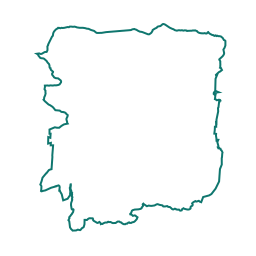 outline of Vladesti, Arges, Romania, rotated 274°
{"feature_id": "2599482B92023651488656", "entity_name": "Vladesti", "entity_type": "district", "adm_level": 2, "iso_a3": "ROU", "parent_name": "Romania", "parent_adm1": "Arges", "projection": "equal_earth", "projection_center": [24.925, 45.154], "detail": "fine", "context": "isolated", "style": "outline", "palette": "teal", "viewbox_px": 256, "rotation_deg": 274, "n_neighbors": 0, "source": "geoboundaries", "source_scale": "gbopen_adm2", "svg_char_len": 5733}
<svg xmlns="http://www.w3.org/2000/svg" viewBox="0 0 256 256"><g transform="rotate(274 128 128)"><path d="M229.3,179.7L229.4,177.9L229.0,176.4L229.3,175.0L229.0,173.7L229.1,172.4L229.0,171.4L228.5,170.0L228.9,167.8L229.7,166.5L229.9,165.5L231.0,162.6L233.7,157.9L233.9,157.4L234.2,156.3L234.0,155.3L232.0,153.3L231.4,151.1L231.1,150.4L230.0,149.6L228.9,147.7L227.5,145.8L226.2,145.5L224.6,144.6L223.7,143.6L222.9,142.5L222.9,141.4L224.7,135.6L224.9,134.3L224.9,133.3L225.6,131.4L226.6,129.5L226.9,128.2L227.2,127.4L226.7,125.4L226.0,124.3L225.8,123.5L222.1,99.4L221.1,95.2L220.7,91.2L220.7,90.2L221.0,89.5L222.5,87.4L223.2,84.3L224.2,81.7L224.2,80.1L224.6,78.4L224.8,76.2L224.6,72.6L224.8,70.0L225.0,69.5L225.4,67.7L225.1,66.0L225.2,64.4L225.1,62.8L224.4,62.0L224.5,60.7L223.5,57.5L223.2,55.9L223.3,54.7L222.8,53.6L223.1,52.2L222.8,51.9L223.0,51.2L222.3,50.6L221.2,49.1L219.1,47.5L218.2,47.1L217.3,46.8L214.8,46.6L213.8,45.8L205.7,42.5L205.3,42.6L203.7,41.9L201.1,42.2L199.8,42.2L198.2,41.5L198.1,40.0L197.3,38.6L196.3,37.3L195.8,36.2L195.8,35.4L196.2,34.2L195.7,31.9L195.2,32.9L193.7,33.8L193.0,34.6L192.1,35.2L191.6,36.3L191.5,38.7L191.2,39.5L189.1,42.2L187.8,43.1L186.2,44.8L184.9,45.3L183.2,45.5L182.6,45.8L182.2,46.6L181.8,46.5L180.7,47.0L178.9,49.3L178.4,49.3L177.0,48.5L175.9,48.6L173.9,50.4L173.4,50.7L172.7,52.3L172.6,54.9L170.8,57.5L170.0,58.0L168.9,58.0L166.7,56.7L166.0,55.3L165.5,53.2L165.5,51.8L165.1,50.0L165.1,47.5L164.7,46.3L164.8,44.7L164.5,42.1L163.2,42.3L160.9,42.0L159.4,43.1L158.1,43.1L156.7,43.4L154.6,43.0L152.8,42.3L150.7,42.2L150.3,41.8L149.0,43.1L145.9,47.1L145.3,48.7L144.0,51.0L143.2,52.0L140.7,54.3L140.6,58.7L139.6,60.1L139.3,61.1L139.5,62.1L139.2,62.9L139.2,63.7L138.3,65.1L137.6,65.6L136.8,66.9L136.5,67.0L135.0,66.8L134.6,66.5L132.7,65.9L131.5,66.2L130.0,66.8L129.0,66.9L128.2,67.5L127.1,63.8L125.4,61.4L123.5,59.4L123.3,57.1L123.6,55.0L121.0,49.8L116.8,50.1L116.9,51.2L112.8,51.2L113.4,49.1L106.9,49.4L107.8,52.1L105.3,52.1L105.5,54.5L95.3,54.4L93.9,54.6L82.0,54.6L81.6,54.6L81.2,53.4L80.5,52.0L77.2,49.8L77.2,49.6L72.5,46.2L68.9,45.5L65.4,44.5L65.0,45.0L64.1,45.6L63.7,45.7L60.7,45.8L59.1,45.6L58.8,46.0L58.9,46.5L59.4,47.8L60.0,49.9L63.1,55.6L64.7,60.1L64.9,60.0L65.9,62.8L65.2,63.7L64.1,64.0L60.7,63.8L60.7,64.4L60.4,64.4L57.3,66.5L51.3,68.4L53.2,72.7L57.2,75.0L58.3,74.8L60.5,74.9L64.2,74.1L65.4,74.5L67.7,74.6L67.8,74.8L67.2,75.0L63.8,74.8L62.6,75.2L61.1,75.9L60.2,76.0L59.4,76.8L58.6,76.6L57.7,76.9L55.6,76.7L55.3,77.3L54.9,77.4L53.2,77.0L52.5,77.4L49.2,76.5L47.2,76.5L43.4,77.4L42.9,77.8L42.8,78.6L43.1,78.9L43.1,79.1L42.6,79.4L40.4,79.1L39.7,78.8L38.9,78.2L38.0,77.9L37.6,77.4L36.6,76.9L35.1,75.7L34.6,75.6L34.0,75.9L31.9,75.0L30.9,75.9L24.8,77.1L23.2,78.3L22.5,79.2L21.8,79.9L22.2,83.4L23.1,85.0L22.8,87.1L22.8,87.4L23.1,87.8L24.8,89.0L25.7,90.3L26.1,90.7L28.9,91.3L33.3,91.1L33.4,92.4L33.3,93.0L33.4,93.5L34.6,94.6L35.0,95.2L35.3,95.9L35.4,99.1L34.7,99.5L33.5,99.7L33.0,100.3L31.2,103.9L31.2,104.5L32.3,106.0L31.4,107.1L30.2,107.6L30.5,108.2L30.5,109.3L31.2,110.0L32.1,111.8L32.2,113.6L33.0,114.5L33.1,114.9L32.8,115.4L33.0,117.2L32.4,118.5L32.1,119.4L32.3,121.6L32.4,122.3L33.9,124.1L34.1,125.8L33.4,126.9L33.3,127.9L32.6,128.6L31.8,130.2L31.8,131.9L32.5,132.9L32.5,133.8L33.7,135.0L33.9,135.9L33.4,136.5L33.6,138.0L34.2,138.7L34.6,140.3L35.5,141.4L37.7,143.1L39.6,143.7L40.5,142.2L41.1,141.6L41.3,140.8L40.7,139.0L41.8,137.7L42.0,136.3L42.5,136.2L43.4,137.0L45.7,137.7L46.3,138.3L47.1,140.4L47.6,144.2L48.2,146.2L48.6,146.8L49.0,147.2L49.6,147.2L51.0,148.3L52.0,148.4L52.7,148.0L53.1,148.1L53.6,148.6L53.1,149.1L51.3,152.3L52.1,154.2L51.9,155.4L52.0,157.2L52.6,159.9L53.8,161.8L54.1,162.9L53.5,165.0L53.2,167.8L52.3,168.5L52.2,169.0L52.4,171.0L52.7,171.8L52.8,172.8L52.1,173.6L52.1,175.2L51.3,176.4L50.3,177.5L49.9,178.6L50.0,179.1L50.8,180.4L50.5,181.4L50.1,181.8L50.0,183.5L50.2,184.5L49.3,185.5L49.2,186.2L49.6,187.3L51.0,187.8L51.3,188.4L51.8,188.9L51.3,190.0L50.9,192.3L50.8,193.5L51.0,194.5L51.4,195.3L52.1,196.0L53.2,195.9L54.0,196.1L55.0,197.6L55.4,197.8L56.0,197.9L57.3,197.2L58.5,198.3L59.8,200.3L59.4,201.0L59.4,201.5L60.3,203.7L59.5,204.8L59.1,206.2L64.4,207.8L66.4,213.6L67.9,215.8L73.6,219.6L81.0,222.6L93.4,222.6L98.1,224.1L104.5,223.6L105.4,223.8L109.0,223.8L110.2,224.0L112.1,222.9L112.7,222.1L113.8,221.7L114.0,219.9L114.6,220.0L114.7,219.1L115.1,218.9L115.3,219.3L116.1,219.5L120.2,218.1L122.5,218.9L122.5,217.6L121.4,217.6L121.4,217.2L123.9,216.9L126.4,216.3L128.3,216.3L128.4,214.5L132.0,214.7L135.3,214.6L135.4,215.9L139.2,215.5L138.9,215.9L142.6,215.7L150.8,216.8L154.2,216.4L154.9,216.8L161.1,217.1L161.0,217.7L161.8,217.8L161.9,218.2L162.3,218.0L162.5,217.5L162.5,216.4L162.2,215.9L161.9,214.4L162.9,213.3L162.9,212.7L166.9,212.9L167.0,212.4L167.3,212.4L168.1,213.1L168.2,212.7L167.8,211.3L168.0,211.1L169.4,211.2L169.9,211.7L170.3,211.9L170.2,212.5L170.5,213.5L170.0,214.4L169.9,215.4L170.0,215.9L170.8,213.5L171.6,212.4L183.2,211.9L186.9,213.1L186.6,212.2L187.1,212.0L190.0,214.7L190.6,215.5L190.7,215.9L192.4,217.7L193.6,216.9L194.2,216.7L194.4,216.3L194.3,216.0L194.5,215.6L195.1,215.9L196.0,215.7L197.8,215.7L199.3,215.5L201.0,215.4L201.6,215.0L202.5,214.3L202.9,214.3L206.2,217.4L207.5,218.2L208.5,218.6L209.4,218.7L212.9,217.7L214.7,218.7L217.1,219.4L221.6,219.1L222.1,218.6L222.5,217.5L224.4,216.2L225.8,214.3L226.0,212.7L225.9,211.6L226.3,210.7L225.9,209.8L226.4,209.3L226.5,208.8L226.0,208.1L225.9,207.7L226.6,206.7L226.6,205.6L227.1,204.6L227.4,203.7L228.3,202.2L229.3,201.3L229.2,201.1L227.9,200.1L227.7,199.5L227.7,199.0L228.0,197.9L227.7,197.0L227.6,195.2L227.7,193.3L228.1,191.7L228.8,190.6L229.4,190.2L230.1,188.1L229.8,187.1L229.9,186.1L229.5,184.8L229.2,181.7L228.9,180.1L229.3,179.7Z" fill="none" stroke="#0f766e" stroke-width="2"/></g></svg>